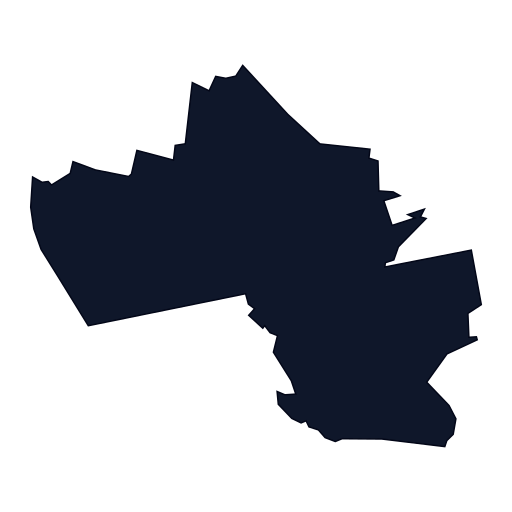 outline of Ballyfermot-Drimnagh Lea-5, South Dublin, Ireland
{"feature_id": "5873133B64258564614963", "entity_name": "Ballyfermot-Drimnagh Lea-5", "entity_type": "district", "adm_level": 2, "iso_a3": "IRL", "parent_name": "Ireland", "parent_adm1": "South Dublin", "projection": "albers", "projection_center": [-6.344, 53.336], "detail": "fine", "context": "isolated", "style": "filled", "palette": "ink", "viewbox_px": 512, "rotation_deg": 0, "n_neighbors": 0, "source": "geoboundaries", "source_scale": "gbopen_adm2", "svg_char_len": 1073}
<svg xmlns="http://www.w3.org/2000/svg" viewBox="0 0 512 512"><path d="M88.3,325.7L245.6,293.7L248.4,304.1L254.6,308.7L248.7,315.3L262.8,328.2L264.7,325.6L270.1,332.7L277.5,335.6L273.4,352.2L291.3,380.7L295.8,394.1L284.9,394.8L277.1,391.5L278.3,404.3L291.8,418.4L301.1,422.9L306.1,420.8L309.0,426.9L318.4,429.9L325.1,437.6L335.3,441.5L342.1,438.7L381.8,439.0L444.8,446.6L446.8,440.6L453.2,434.3L455.9,418.8L449.0,405.5L426.7,382.2L447.0,353.9L477.2,339.8L476.4,336.8L468.9,337.3L467.9,313.4L481.3,304.6L471.3,250.1L384.8,267.0L385.4,262.7L393.8,259.9L398.4,246.8L426.1,218.5L420.4,216.9L424.4,209.1L407.8,214.6L415.0,218.0L392.1,225.4L383.8,200.7L400.0,195.7L393.2,191.9L378.8,190.9L378.0,161.0L368.9,158.1L370.0,149.2L319.9,143.9L287.8,114.4L242.7,65.4L235.8,76.1L225.8,78.3L215.7,76.4L209.1,90.8L192.3,82.6L185.3,143.8L175.2,145.4L173.5,160.1L136.9,150.4L131.4,174.1L128.6,176.5L95.3,169.9L73.0,161.6L70.2,173.4L51.5,185.0L48.2,181.5L42.1,182.3L32.6,177.0L30.7,207.2L33.8,228.8L41.1,249.4L56.9,274.7L88.3,325.7Z" fill="#0f172a" stroke="#020617" stroke-width="1.5"/></svg>